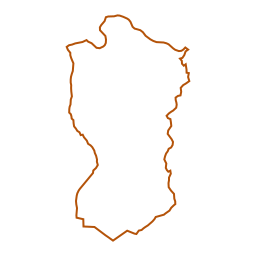 outline of Douradina, Paraná, Brazil
{"feature_id": "56859067B11671059089734", "entity_name": "Douradina", "entity_type": "district", "adm_level": 2, "iso_a3": "BRA", "parent_name": "Brazil", "parent_adm1": "Paraná", "projection": "mercator", "projection_center": [-53.283, -23.351], "detail": "fine", "context": "isolated", "style": "outline", "palette": "amber", "viewbox_px": 256, "rotation_deg": 0, "n_neighbors": 0, "source": "geoboundaries", "source_scale": "gbopen_adm2", "svg_char_len": 2218}
<svg xmlns="http://www.w3.org/2000/svg" viewBox="0 0 256 256"><path d="M185.3,47.5L183.3,49.6L181.4,50.8L178.9,51.1L175.2,49.8L173.2,48.4L168.6,44.3L166.5,43.3L163.6,42.5L156.5,42.1L153.2,40.9L150.3,39.3L145.6,35.8L142.9,32.2L140.3,30.2L136.9,29.2L134.6,28.6L132.6,26.8L130.4,21.7L128.7,19.6L127.0,18.5L123.2,16.8L119.7,15.6L117.5,15.4L114.1,16.3L108.2,16.5L105.9,17.2L104.6,21.1L101.2,25.1L99.9,27.3L100.0,30.2L105.4,36.0L106.0,39.6L105.8,42.9L104.8,45.1L103.3,46.5L99.7,48.2L96.5,47.8L91.6,43.2L88.2,41.7L86.5,40.1L82.5,42.0L75.3,43.4L72.0,44.6L69.1,45.2L66.7,46.9L67.9,49.8L70.3,52.8L70.3,55.2L71.2,58.1L72.4,61.0L73.4,63.3L72.8,71.0L71.8,73.9L71.0,76.8L70.7,79.6L70.7,82.6L71.2,85.1L71.1,88.1L71.3,91.5L71.9,96.4L70.8,99.5L70.5,104.5L69.6,106.9L69.3,109.1L69.2,112.6L70.8,114.2L71.4,116.2L71.7,118.6L73.4,120.1L73.6,123.2L74.1,126.4L75.9,128.6L77.3,130.9L79.5,132.3L80.7,135.1L82.7,134.7L84.0,137.3L86.8,140.6L88.1,143.8L90.6,145.4L92.3,147.2L94.3,150.6L94.8,152.9L96.1,155.8L97.0,159.5L96.9,161.8L97.8,165.0L96.0,168.0L93.3,170.5L93.0,173.0L79.9,188.8L78.7,190.5L77.3,193.4L76.7,195.8L76.0,201.0L76.3,204.4L77.0,208.1L76.4,215.3L76.6,217.7L83.3,219.2L83.5,226.5L94.5,227.0L105.5,235.3L107.7,236.8L113.0,240.6L127.2,230.7L134.4,233.6L136.4,234.0L138.8,230.6L141.6,230.0L143.4,228.4L145.2,227.1L147.9,225.4L152.5,221.4L154.5,219.1L155.7,217.0L158.9,216.1L161.0,215.5L163.9,214.7L165.5,213.4L169.5,210.6L171.2,207.8L173.8,205.3L175.3,204.1L175.2,201.3L174.3,198.7L174.0,193.9L171.0,190.6L168.7,187.2L168.5,183.1L169.0,180.2L169.0,177.6L170.8,173.7L170.3,170.7L168.3,171.7L166.9,170.1L165.8,167.9L166.3,163.5L164.3,159.4L165.1,156.2L166.1,153.5L167.7,151.3L168.7,148.8L171.1,147.5L172.6,145.0L173.0,141.9L171.6,139.2L169.7,136.6L167.7,133.9L168.2,130.5L169.7,128.3L171.3,126.0L170.9,122.2L170.4,119.1L167.9,118.1L166.6,115.8L168.9,113.4L171.4,111.6L173.1,110.6L176.2,107.7L176.7,104.7L176.4,102.6L175.7,100.0L175.6,97.6L178.0,95.9L180.5,95.4L181.2,91.8L180.7,87.9L183.2,85.1L185.6,83.7L187.2,82.6L189.3,81.1L188.1,77.0L188.8,73.1L186.6,72.7L186.5,69.4L185.7,64.3L183.8,65.7L182.0,63.7L181.8,60.8L180.0,58.6L182.4,57.9L184.3,55.1L185.6,51.4L188.1,49.6L185.3,47.5Z" fill="none" stroke="#b45309" stroke-width="2"/></svg>